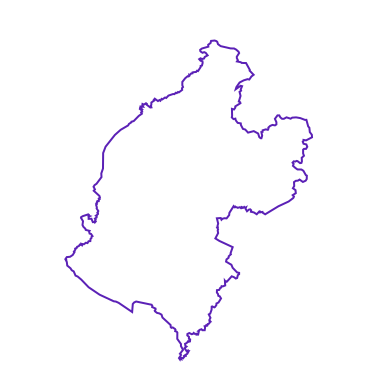 Nong Phai, Phetchabun, Thailand (Albers equal-area conic projection), rotated 128°
{"feature_id": "78962969B28403157938028", "entity_name": "Nong Phai", "entity_type": "district", "adm_level": 2, "iso_a3": "THA", "parent_name": "Thailand", "parent_adm1": "Phetchabun", "projection": "albers", "projection_center": [101.184, 16.029], "detail": "fine", "context": "isolated", "style": "outline", "palette": "violet", "viewbox_px": 384, "rotation_deg": 128, "n_neighbors": 0, "source": "geoboundaries", "source_scale": "gbopen_adm2", "svg_char_len": 6014}
<svg xmlns="http://www.w3.org/2000/svg" viewBox="0 0 384 384"><g transform="rotate(128 192 192)"><path d="M323.1,250.0L324.2,247.6L326.8,245.0L326.9,240.8L327.7,238.6L327.4,236.3L329.6,232.3L329.0,230.1L329.2,225.3L330.7,214.8L329.8,201.6L326.3,186.4L325.2,184.5L324.5,181.6L323.4,165.3L316.7,169.7L314.7,169.6L312.7,168.6L305.7,154.4L306.2,153.1L307.2,152.6L306.3,149.0L307.1,148.3L308.5,148.3L308.8,147.7L308.8,145.1L307.8,143.0L307.4,140.5L309.1,138.0L310.0,127.0L311.6,125.5L311.7,124.6L310.6,123.8L310.4,121.0L310.7,120.2L312.0,119.6L311.5,117.9L311.8,117.0L316.8,113.2L318.6,107.1L320.2,105.9L321.9,101.9L326.9,101.9L326.9,100.7L327.6,100.2L330.9,100.0L331.4,98.4L330.6,98.7L330.4,97.9L329.9,98.8L329.0,98.0L328.7,96.7L326.6,96.6L326.2,97.4L325.0,97.0L325.4,96.5L324.9,96.0L324.2,96.8L322.4,96.1L319.5,96.6L320.1,97.2L319.6,97.7L320.8,98.1L319.6,101.7L317.2,101.2L317.4,102.4L315.9,104.0L314.2,103.2L311.9,103.2L312.2,102.5L311.0,101.6L309.3,102.7L309.4,104.2L308.0,105.2L307.9,107.4L306.7,108.2L304.8,107.3L304.2,104.6L303.1,103.9L302.0,103.9L302.1,102.5L300.9,101.1L301.6,100.6L300.6,99.4L297.4,100.9L297.6,101.4L295.9,101.1L294.3,100.0L294.5,98.7L293.1,96.9L290.8,98.2L290.0,99.4L288.3,98.0L287.9,98.5L287.5,97.8L286.4,98.3L285.7,97.7L283.9,97.6L283.4,98.2L282.7,97.7L282.3,99.5L279.8,100.0L278.1,103.4L276.6,102.8L272.7,104.1L270.2,105.9L269.7,105.6L269.2,103.4L268.5,103.1L266.1,103.2L264.8,104.1L262.8,103.1L258.0,103.6L257.1,106.0L257.6,107.3L256.4,108.7L255.9,110.5L254.0,111.9L252.4,110.3L250.1,110.7L249.4,110.2L248.0,110.7L247.4,109.6L245.2,108.3L241.7,111.4L241.9,110.6L241.3,110.0L241.7,109.7L241.2,109.3L234.0,108.8L233.3,106.6L233.2,104.2L232.0,103.5L229.3,104.7L227.7,104.3L226.7,105.1L227.6,106.9L226.7,113.3L225.1,116.1L225.9,122.3L223.9,123.3L221.3,122.7L220.0,123.5L217.1,123.0L216.6,123.9L210.4,126.0L213.7,140.3L214.2,145.0L208.3,146.1L206.6,148.0L205.3,148.5L204.5,150.4L203.8,150.0L203.0,151.0L200.7,152.0L197.4,156.2L194.8,153.3L195.7,151.7L194.3,151.5L192.7,150.3L191.5,148.5L187.3,148.5L185.4,149.7L177.5,150.5L177.8,149.2L177.0,149.0L177.2,148.4L176.5,147.5L176.3,146.2L174.5,144.9L174.6,143.3L174.0,142.8L173.2,143.4L172.7,141.8L171.6,141.7L171.6,140.3L170.9,140.0L172.2,139.6L173.3,136.8L170.8,136.3L169.8,135.4L170.0,134.1L171.3,133.4L170.0,130.7L169.7,127.3L166.1,127.0L166.2,126.1L165.5,126.2L165.5,125.3L164.3,124.2L164.8,123.6L164.5,120.6L150.0,115.1L140.0,110.0L134.4,108.5L132.9,108.8L132.5,110.7L129.0,109.5L126.8,111.6L126.9,114.8L124.4,115.1L121.4,117.7L119.3,117.1L117.8,115.5L116.0,114.9L115.8,110.8L113.1,109.4L111.1,109.6L108.4,111.6L108.6,112.7L106.7,117.3L106.9,119.6L109.3,122.8L109.4,125.3L109.2,128.6L107.3,129.2L107.0,130.8L105.2,130.7L104.5,129.4L103.1,128.7L102.7,127.8L102.7,124.6L101.7,123.7L100.1,124.3L97.5,126.6L94.5,126.1L93.2,128.2L90.2,130.5L89.1,130.3L87.8,128.7L85.4,129.0L84.1,131.2L85.3,133.8L84.2,135.7L83.1,135.6L82.3,136.2L81.1,133.9L75.0,131.1L73.1,132.8L72.3,136.0L69.1,139.1L68.8,140.8L64.7,146.3L65.6,147.3L67.1,152.2L69.1,155.9L71.7,158.8L73.5,159.4L75.0,163.5L77.8,164.7L78.9,166.2L78.8,168.3L77.9,170.4L79.0,171.8L83.3,171.7L85.0,168.5L86.8,167.1L88.4,167.6L89.6,169.9L91.8,171.1L94.2,171.5L95.1,170.7L96.3,170.5L97.2,172.4L99.9,174.3L101.2,173.4L102.1,174.2L104.4,171.4L106.9,170.4L107.4,171.1L107.3,172.8L105.2,175.9L106.0,180.8L110.7,184.4L110.0,188.5L110.9,190.7L109.1,194.7L107.9,195.8L109.4,198.6L108.6,201.6L107.5,203.0L109.0,204.2L108.7,206.6L107.4,207.2L101.9,211.7L101.1,209.7L98.9,209.8L97.9,210.6L92.2,208.5L91.6,209.3L91.9,210.8L86.4,212.9L83.8,216.2L81.9,215.7L81.3,216.7L77.8,217.7L78.4,219.1L84.1,220.8L82.0,221.6L76.4,221.9L72.2,220.0L68.9,217.7L68.1,216.1L64.4,216.3L61.7,215.6L60.9,221.3L60.2,221.6L57.1,228.8L59.7,232.3L59.7,233.5L61.4,236.9L59.9,237.0L58.9,239.1L57.8,240.0L53.5,240.4L52.8,241.7L52.6,244.9L53.0,247.2L55.1,250.0L59.4,259.2L59.5,262.5L58.1,264.6L58.1,265.7L58.7,267.4L61.2,270.0L63.2,269.1L66.0,269.9L67.4,268.6L72.8,272.5L74.9,273.1L75.8,272.3L76.0,271.1L75.8,269.4L74.3,268.5L73.9,266.9L74.7,263.8L77.7,265.1L79.4,264.7L81.0,265.9L81.4,267.6L82.9,268.1L83.3,266.1L82.5,264.3L83.7,263.1L86.2,262.0L87.4,262.8L88.3,262.1L93.0,261.7L93.3,262.7L94.9,262.7L96.7,264.6L97.5,265.2L98.2,264.7L99.3,265.7L101.3,265.8L101.4,266.3L102.1,265.6L103.0,265.8L103.4,266.7L106.5,267.4L111.2,267.4L113.9,265.3L114.8,263.7L116.4,263.8L117.6,262.6L121.6,263.7L121.8,264.6L123.5,264.9L123.8,265.9L125.7,266.1L126.4,267.2L130.5,269.9L133.8,270.2L134.1,271.4L137.3,272.4L137.4,273.3L139.6,273.1L139.6,274.3L141.3,274.8L141.4,278.8L143.1,278.8L143.3,278.1L146.5,279.1L148.4,277.7L149.3,277.6L150.3,276.1L151.1,276.9L151.1,281.6L150.4,281.8L150.4,282.9L152.7,283.7L153.1,285.2L154.3,284.5L154.9,283.0L156.1,284.9L156.7,284.0L157.3,284.9L158.7,284.2L158.6,282.6L157.8,282.5L157.7,281.9L158.9,281.8L159.4,280.7L160.6,281.1L161.2,279.7L164.8,280.8L172.0,281.6L173.9,283.0L174.5,282.7L177.2,283.6L178.8,283.3L186.9,286.5L194.5,287.9L209.5,288.0L216.0,286.0L228.3,276.6L233.2,274.9L236.0,272.5L244.3,272.3L246.5,273.0L248.5,272.8L249.7,270.1L251.5,270.2L252.1,262.5L253.2,261.0L254.4,261.4L254.6,260.4L255.6,260.6L256.6,259.9L257.4,261.0L258.9,260.6L259.0,260.1L260.3,260.2L260.4,259.5L261.3,259.5L262.6,257.6L263.7,257.0L264.7,254.1L266.6,253.8L266.6,253.0L267.4,252.5L269.8,253.1L269.7,252.2L270.8,251.5L272.7,252.1L273.0,251.0L273.9,251.0L274.4,249.7L275.7,249.8L275.5,250.2L276.8,251.6L275.0,254.8L276.8,256.9L275.2,258.2L273.9,257.6L274.4,258.9L273.5,259.2L273.5,260.0L278.1,263.1L280.0,263.9L280.7,263.6L282.1,259.9L285.4,258.0L286.3,256.1L286.6,253.4L287.3,252.4L285.7,248.8L286.6,248.7L287.8,247.1L287.2,245.7L288.0,243.3L288.8,243.7L290.2,242.9L291.4,243.1L293.3,241.9L294.5,243.2L296.6,242.9L297.3,244.4L299.7,245.0L300.4,246.2L301.1,246.0L301.1,247.0L301.6,246.6L301.5,247.5L302.3,247.4L302.5,248.0L304.3,247.9L305.9,248.8L306.9,248.4L308.5,249.2L309.0,248.5L311.7,248.3L311.7,247.6L315.0,247.2L318.1,248.2L320.4,250.6L321.8,250.5L322.7,249.5L323.1,250.0Z" fill="none" stroke="#5b21b6" stroke-width="2"/></g></svg>